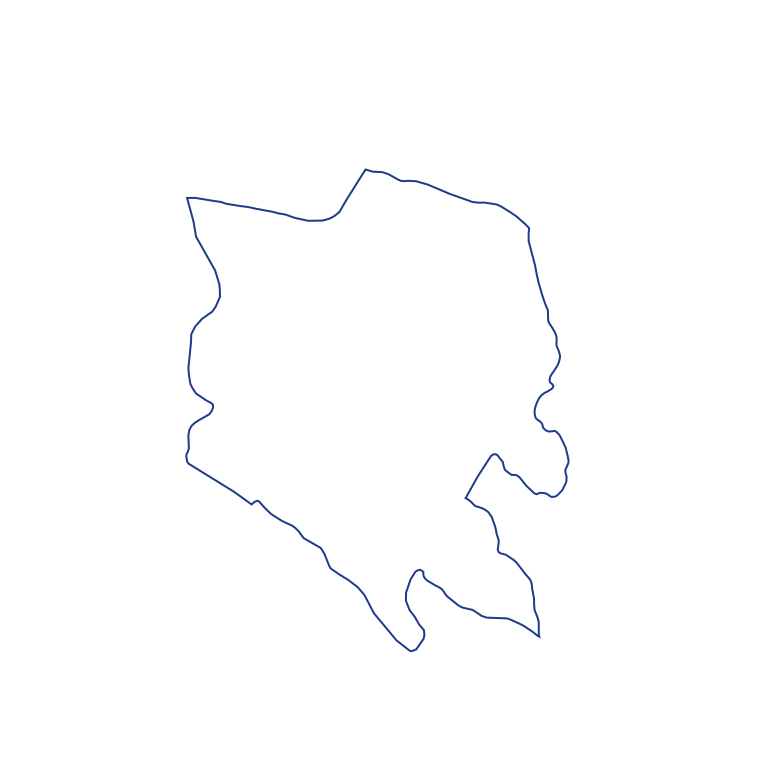 El Palmar, Retalhuleu, Guatemala, rotated 302°
{"feature_id": "79465075B16576514502159", "entity_name": "El Palmar", "entity_type": "district", "adm_level": 2, "iso_a3": "GTM", "parent_name": "Guatemala", "parent_adm1": "Retalhuleu", "projection": "albers", "projection_center": [-91.616, 14.698], "detail": "fine", "context": "isolated", "style": "outline", "palette": "blue", "viewbox_px": 768, "rotation_deg": 302, "n_neighbors": 0, "source": "geoboundaries", "source_scale": "gbopen_adm2", "svg_char_len": 4114}
<svg xmlns="http://www.w3.org/2000/svg" viewBox="0 0 768 768"><g transform="rotate(302 384 384)"><path d="M556.1,254.7L542.5,254.6L519.4,254.6L506.2,255.0L500.3,253.0L495.5,250.3L490.1,245.4L482.2,233.2L477.7,220.5L475.4,210.4L472.9,204.5L470.9,197.9L468.0,190.8L466.9,187.8L464.7,182.4L462.7,176.7L461.6,173.9L459.0,168.4L453.2,154.6L452.0,149.3L448.4,141.1L441.8,125.3L437.4,118.4L428.5,128.1L420.5,136.7L409.3,146.6L390.8,180.6L381.5,191.3L377.0,194.8L371.1,198.7L366.6,199.4L360.2,200.3L354.4,200.0L343.0,195.2L332.6,193.4L324.0,194.2L317.4,198.1L293.8,209.7L287.8,214.2L281.4,219.8L278.7,224.4L276.3,229.7L275.9,242.3L276.3,246.4L276.0,249.4L274.6,250.9L272.7,251.7L269.5,252.2L265.6,251.8L255.0,246.1L250.7,244.1L246.5,243.0L242.0,243.2L236.6,245.4L226.4,252.4L223.1,253.5L219.5,253.8L217.5,254.9L215.5,256.8L213.6,258.6L212.9,260.6L213.1,314.0L211.7,335.6L215.2,336.6L217.6,338.1L218.2,340.3L215.7,348.7L213.9,357.1L213.8,369.8L214.7,377.6L215.2,380.9L215.0,384.7L213.7,390.1L212.1,393.9L210.7,397.6L211.4,417.3L208.4,423.5L202.1,432.0L199.7,435.6L199.2,437.6L199.1,441.5L198.8,446.5L198.9,458.0L197.7,469.6L194.6,479.4L184.2,497.1L173.2,530.5L171.4,547.1L172.1,549.1L176.1,552.0L178.6,552.1L188.8,552.6L192.5,551.3L196.3,548.4L198.8,540.9L202.8,533.6L205.9,525.4L211.9,517.4L218.7,513.3L232.3,510.1L241.2,510.1L243.4,511.0L245.5,513.1L245.7,515.2L245.5,516.9L243.0,518.5L241.6,520.1L240.6,522.6L240.2,524.9L240.4,534.5L240.5,535.9L240.7,537.8L240.8,540.0L240.5,542.3L239.9,543.9L239.3,545.3L238.2,547.6L237.5,549.7L237.2,551.3L236.1,560.7L235.8,562.7L235.7,564.4L235.7,566.0L235.9,568.2L236.3,570.0L237.2,572.6L238.3,575.8L239.2,578.3L239.4,580.4L239.1,589.8L240.3,594.9L241.4,596.8L243.9,601.2L248.1,608.5L249.0,609.9L250.3,612.5L250.8,613.9L251.1,615.3L252.4,625.0L252.7,627.5L252.9,630.6L252.7,638.9L252.5,642.7L252.2,644.7L251.9,647.5L252.0,649.6L254.5,647.4L256.0,646.5L258.4,645.0L263.4,641.8L265.1,640.5L268.0,637.1L270.7,633.4L271.9,631.7L274.0,630.0L276.1,628.6L277.9,627.2L280.0,626.0L281.9,624.7L283.2,623.4L284.3,622.4L286.0,620.9L288.0,618.9L292.8,615.1L294.6,613.1L295.7,611.2L297.1,606.8L297.5,605.3L298.3,603.2L302.5,591.8L303.4,587.9L303.6,584.4L303.7,581.7L303.8,579.3L303.7,577.7L302.9,574.8L302.2,572.8L302.2,570.4L303.7,568.3L307.6,566.5L310.8,565.0L312.3,564.0L313.9,562.2L316.1,559.5L320.6,555.2L321.8,554.0L328.3,545.9L330.6,540.4L330.9,537.2L330.8,534.7L330.6,533.0L329.9,529.7L328.9,526.3L329.1,524.6L329.5,522.9L330.0,521.2L330.5,518.1L330.6,516.4L330.4,513.7L355.1,512.5L379.5,512.9L382.1,513.9L383.4,515.4L383.8,517.7L380.7,526.3L377.9,528.8L375.3,532.1L374.7,536.4L374.6,540.8L375.8,542.3L376.8,544.5L376.8,548.1L373.1,558.7L370.9,569.6L371.4,571.9L373.9,573.5L375.8,576.3L376.6,578.4L377.1,580.2L377.1,581.9L376.8,583.8L377.0,585.8L378.7,588.3L379.8,589.2L382.2,590.2L388.4,591.5L391.7,591.1L393.3,591.0L395.4,590.8L397.9,590.3L400.7,588.8L402.2,587.9L403.3,586.7L405.0,584.9L406.6,583.6L407.9,583.2L410.4,582.9L413.7,582.4L415.3,582.0L417.0,581.0L420.6,577.6L426.5,571.5L432.6,561.8L433.9,559.4L434.8,555.5L434.6,553.4L433.5,552.3L431.5,549.7L430.5,547.4L430.5,545.5L431.2,542.0L432.9,540.5L434.2,538.9L434.7,537.3L435.1,533.5L435.2,531.7L435.8,530.4L437.3,528.7L439.7,526.7L442.8,525.1L446.8,524.0L450.4,523.4L452.0,523.2L454.8,523.1L457.4,523.4L458.8,523.8L461.4,524.8L464.6,526.8L467.3,528.1L468.8,528.8L470.4,529.1L472.1,528.6L473.0,526.7L473.4,523.9L475.2,522.2L478.5,521.1L480.0,521.0L482.7,521.1L487.4,521.3L492.1,521.2L495.4,520.7L499.0,519.5L501.0,518.5L503.0,516.5L505.0,514.2L506.4,512.1L507.6,510.5L509.2,509.0L511.0,508.1L513.1,506.9L515.0,505.6L516.8,503.7L518.7,501.0L520.8,497.0L522.7,492.8L523.9,490.5L525.3,489.3L533.4,483.9L537.6,477.9L543.2,471.1L545.9,468.1L551.2,462.1L557.8,455.5L564.6,449.3L581.8,431.0L587.9,427.1L593.1,424.5L594.4,419.2L596.3,407.6L596.6,400.1L596.6,389.2L596.0,384.5L591.2,373.3L587.9,368.1L585.3,362.7L580.1,339.2L576.2,314.9L574.7,309.9L573.0,303.8L568.8,296.3L566.7,293.6L565.2,290.5L564.8,287.3L564.3,276.7L563.5,273.3L562.7,270.1L560.8,266.8L558.2,262.2L556.1,254.7Z" fill="none" stroke="#1e3a8a" stroke-width="2"/></g></svg>